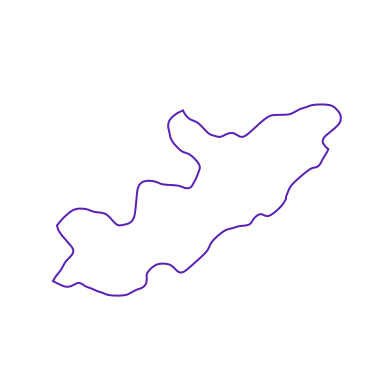 outline of El Pino, Dajabón, Dominican Republic, rotated 49°
{"feature_id": "3306468B80571164490310", "entity_name": "El Pino", "entity_type": "district", "adm_level": 2, "iso_a3": "DOM", "parent_name": "Dominican Republic", "parent_adm1": "Dajabón", "projection": "natural_earth1", "projection_center": [-71.49, 19.399], "detail": "fine", "context": "isolated", "style": "outline", "palette": "violet", "viewbox_px": 384, "rotation_deg": 49, "n_neighbors": 0, "source": "geoboundaries", "source_scale": "gbopen_adm2", "svg_char_len": 3464}
<svg xmlns="http://www.w3.org/2000/svg" viewBox="0 0 384 384"><g transform="rotate(49 192 192)"><path d="M259.0,125.9L257.1,123.8L253.8,117.5L252.8,114.9L252.1,112.2L251.7,107.9L251.6,103.5L251.6,96.2L251.9,90.5L252.2,87.9L252.8,85.6L254.9,81.8L255.2,80.8L255.3,78.8L254.9,76.5L252.9,71.7L250.7,64.6L249.1,61.0L244.9,61.5L241.7,61.2L239.8,60.4L239.0,59.7L238.3,58.7L237.5,56.5L237.2,54.0L237.5,41.8L237.2,37.7L236.6,35.1L236.1,34.0L235.5,33.0L234.0,31.3L232.2,29.9L231.0,29.4L228.6,28.8L226.0,28.6L223.5,28.7L221.0,29.1L218.6,29.9L217.4,30.6L214.4,33.1L211.6,36.0L208.1,40.2L205.8,43.4L204.7,45.4L202.9,50.0L200.2,56.3L198.6,63.6L197.9,66.0L197.4,67.2L195.2,70.5L187.7,79.6L186.3,81.8L185.8,83.1L185.1,85.7L184.7,89.9L184.6,95.6L184.9,108.6L184.8,112.7L184.5,115.2L184.1,116.4L183.6,117.5L183.0,118.4L181.4,119.6L175.8,121.6L174.9,122.1L173.4,123.5L172.1,125.2L171.6,126.2L170.8,128.4L169.8,132.7L168.8,134.6L168.2,135.4L166.6,136.7L161.4,140.1L159.2,140.9L156.8,141.3L148.1,141.7L144.4,142.1L142.1,142.7L136.4,145.5L134.2,146.1L131.9,146.3L129.7,146.3L127.4,146.0L124.5,145.3L123.2,149.8L122.7,152.3L122.4,156.6L122.6,159.5L123.3,162.2L124.4,164.3L125.8,166.0L127.6,167.5L137.1,172.7L140.5,173.6L144.0,173.9L148.8,173.8L153.4,173.3L155.6,172.6L156.5,172.1L161.2,169.5L164.5,168.6L168.0,168.2L171.5,168.1L174.8,168.4L176.9,169.0L177.9,169.4L178.7,170.1L179.5,170.9L183.2,177.5L184.7,180.7L185.9,184.0L187.0,186.8L187.5,188.8L187.6,189.9L187.3,190.9L186.9,191.9L186.4,192.7L185.0,194.2L183.3,195.3L180.5,196.7L177.7,198.7L175.0,201.2L169.7,206.6L167.0,209.0L165.1,210.3L161.0,212.3L158.1,214.4L156.3,216.1L154.6,217.9L153.2,220.0L152.6,221.1L152.1,222.3L151.9,223.5L151.8,224.8L152.1,227.3L153.2,229.6L154.5,231.6L156.1,233.5L168.5,246.6L171.0,249.5L172.5,251.5L173.7,253.6L174.5,256.1L174.5,258.6L174.3,259.8L174.0,260.9L173.1,262.9L170.5,267.5L169.2,269.1L168.3,269.7L167.3,270.1L165.2,270.5L156.2,270.8L153.9,271.1L151.7,271.7L150.6,272.3L148.6,273.7L144.0,277.8L142.1,279.3L140.1,280.5L137.1,282.0L135.1,283.4L133.3,285.0L130.7,287.8L129.3,289.9L128.1,292.2L127.4,294.7L127.1,297.3L127.0,301.3L127.2,306.6L127.7,310.6L128.7,315.9L132.4,317.6L134.8,318.2L139.9,318.7L154.0,318.7L156.2,319.1L157.3,319.4L158.3,320.0L159.2,320.8L159.9,321.8L160.7,324.1L161.7,333.2L162.4,335.6L164.5,341.0L165.1,343.4L166.2,349.6L167.9,355.4L172.6,353.6L178.5,350.9L179.5,350.3L181.1,349.0L182.5,347.3L183.6,345.3L185.3,338.9L186.3,337.1L187.1,336.5L188.8,335.5L192.8,334.4L194.7,333.6L199.4,330.9L204.5,328.6L209.1,325.8L213.1,323.8L215.2,322.4L219.0,318.8L222.5,314.9L224.9,311.7L226.3,309.4L226.9,308.2L227.6,305.8L228.9,299.7L229.6,297.5L231.3,293.4L231.7,291.2L231.7,290.0L231.3,287.6L230.3,285.7L228.3,283.4L225.3,281.1L224.6,280.3L223.6,278.4L223.1,276.1L222.8,273.6L222.8,271.1L223.1,268.5L223.7,266.0L224.9,263.6L227.2,260.6L230.0,258.0L232.0,256.6L234.2,255.8L236.4,255.4L241.7,255.0L243.7,254.5L244.6,254.0L245.4,253.3L246.1,252.4L246.9,250.2L247.2,247.8L247.3,243.9L247.1,228.6L246.8,223.1L246.5,220.4L245.9,217.9L243.2,211.5L242.6,208.9L242.2,206.2L242.0,202.0L242.1,197.7L242.3,194.9L242.7,192.2L243.5,189.8L246.1,184.7L248.0,180.2L249.2,178.1L252.7,173.1L253.7,171.0L254.1,170.0L254.2,168.9L254.1,167.8L252.8,163.2L252.4,160.7L252.5,158.2L253.1,155.9L253.6,154.9L254.4,154.1L255.2,153.6L257.8,152.4L259.5,151.1L260.2,150.2L261.0,147.8L261.4,145.2L261.6,142.3L261.5,137.9L261.3,134.9L260.6,130.6L259.0,125.9Z" fill="none" stroke="#5b21b6" stroke-width="2"/></g></svg>